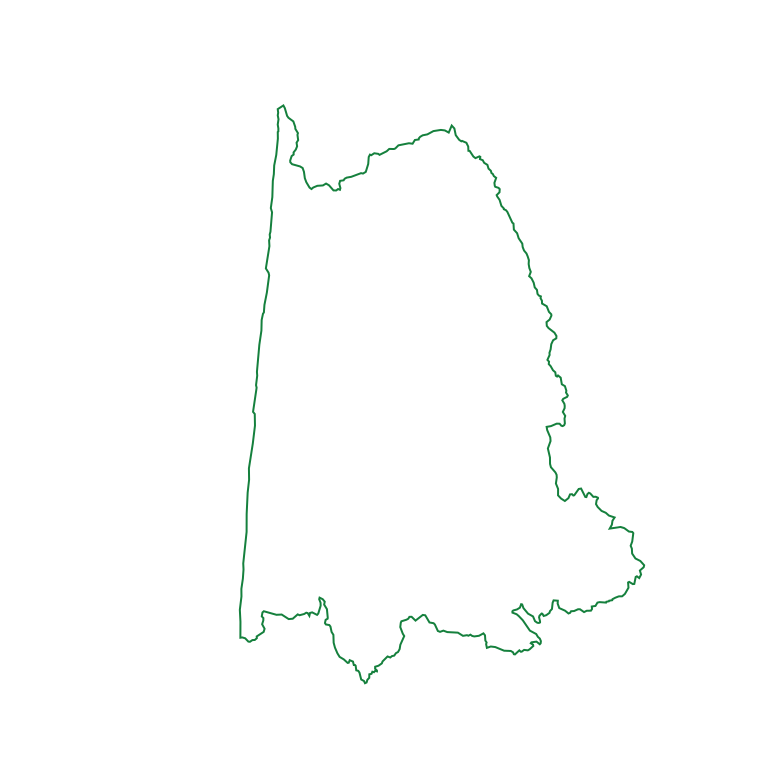 outline of Manakara Atsimo, Vatovavy-Fitovinany, Madagascar, rotated 165°
{"feature_id": "10022922B29911348985828", "entity_name": "Manakara Atsimo", "entity_type": "district", "adm_level": 2, "iso_a3": "MDG", "parent_name": "Madagascar", "parent_adm1": "Vatovavy-Fitovinany", "projection": "natural_earth1", "projection_center": [47.828, -21.964], "detail": "fine", "context": "isolated", "style": "outline", "palette": "green", "viewbox_px": 768, "rotation_deg": 165, "n_neighbors": 0, "source": "geoboundaries", "source_scale": "gbopen_adm2", "svg_char_len": 6144}
<svg xmlns="http://www.w3.org/2000/svg" viewBox="0 0 768 768"><g transform="rotate(165 384 384)"><path d="M187.7,130.5L185.0,133.4L185.1,137.6L180.6,139.8L179.6,141.6L182.2,146.7L186.3,150.4L188.2,156.0L187.2,160.8L187.6,163.9L185.0,167.6L181.8,175.4L182.4,176.8L185.6,178.1L189.2,182.6L192.6,184.7L203.4,185.9L200.3,189.1L198.7,192.8L195.8,195.4L200.8,198.7L203.1,202.2L206.7,205.1L209.4,209.8L210.3,213.1L208.7,216.7L206.9,218.1L206.8,218.8L208.7,220.3L211.0,220.8L213.1,224.9L214.3,225.9L216.0,225.0L217.8,222.4L218.8,222.8L220.7,232.0L223.1,232.2L229.0,227.3L230.0,227.3L230.9,228.9L232.9,229.2L235.4,226.0L239.6,224.2L242.6,227.5L244.7,231.4L243.0,237.6L243.7,243.4L241.3,249.0L240.8,251.6L241.3,254.2L244.3,260.4L244.3,263.8L242.7,270.1L242.4,279.3L237.9,285.8L237.2,289.4L238.3,297.3L238.0,300.5L233.6,300.1L227.5,301.0L224.7,300.2L223.5,297.8L222.3,297.1L220.6,297.6L219.5,299.1L218.6,303.9L217.2,306.3L218.5,310.7L215.8,313.9L215.1,316.1L214.9,318.2L216.0,322.1L214.7,323.3L210.4,324.2L209.4,325.4L210.4,328.6L209.6,330.3L209.8,335.1L212.3,337.7L211.7,344.4L213.7,347.2L214.9,346.4L215.9,347.5L215.5,351.0L217.2,353.5L218.4,358.1L219.7,360.6L218.8,362.9L219.9,365.0L216.5,369.2L216.1,371.3L214.1,374.3L212.1,379.2L209.3,382.5L205.8,383.5L205.0,385.7L206.1,389.5L210.6,395.4L211.7,398.0L211.0,401.7L207.3,403.4L204.6,406.7L204.4,408.1L206.0,411.0L206.7,417.0L210.5,420.8L209.9,423.6L210.6,426.4L209.8,428.0L211.5,429.3L212.4,431.3L211.9,435.3L213.4,438.3L213.2,443.1L214.2,447.9L215.9,450.6L213.2,454.3L213.6,458.4L213.2,462.5L212.0,466.1L212.2,470.2L212.6,473.2L214.2,476.7L214.6,480.4L214.1,483.8L216.2,489.9L216.4,495.2L218.6,499.5L217.4,505.5L218.3,506.6L220.3,518.3L221.2,520.3L223.0,521.8L222.8,522.5L224.5,525.7L224.7,531.9L226.1,535.8L226.3,537.3L222.8,539.3L221.8,542.3L222.6,543.8L225.5,545.7L225.7,546.8L225.3,549.7L222.3,554.1L224.1,556.4L224.5,558.6L225.6,560.0L225.6,562.3L227.3,565.0L227.4,568.9L230.0,571.7L230.7,574.6L233.1,576.4L232.2,578.5L232.9,579.2L237.2,578.5L238.8,580.6L240.9,586.9L242.1,587.4L241.2,591.6L242.0,595.7L245.7,598.6L246.5,598.4L248.2,600.4L250.3,605.8L249.9,612.6L251.7,616.1L256.4,610.1L259.6,613.2L263.3,614.7L270.8,615.5L277.5,613.9L282.3,614.2L285.1,613.4L286.7,612.3L287.2,611.2L291.0,611.7L294.2,608.7L297.6,610.1L308.3,610.8L312.1,608.6L313.5,608.4L318.1,609.7L321.2,608.1L329.0,606.5L330.0,607.8L333.7,609.4L337.1,608.3L338.2,609.2L340.0,607.2L342.3,600.6L346.7,593.6L349.8,592.7L351.6,593.6L362.0,592.6L366.6,593.0L368.8,592.5L370.3,591.2L373.8,591.6L375.4,589.0L375.4,584.5L376.3,583.0L377.9,584.2L380.1,583.3L382.7,584.1L385.7,590.2L388.1,592.6L391.6,591.6L397.1,592.7L401.5,592.1L403.6,591.1L405.1,593.0L406.8,599.0L407.2,603.3L406.4,609.7L406.7,613.7L408.8,615.9L415.9,620.1L417.1,622.4L416.8,624.1L414.2,628.1L411.9,629.0L411.4,631.1L408.5,633.3L406.4,636.1L406.0,639.7L403.8,641.8L403.1,647.1L402.2,648.6L403.6,653.4L403.2,655.4L403.6,661.1L407.4,665.9L408.2,668.1L408.4,676.1L409.1,679.1L415.5,677.0L416.0,673.4L417.1,671.0L417.4,667.0L419.5,662.1L419.9,658.2L420.7,655.3L421.4,654.9L423.0,648.5L428.8,633.1L433.5,623.5L436.1,615.2L438.8,609.0L443.5,593.4L447.8,583.2L447.7,578.8L454.3,560.4L455.7,558.0L456.2,554.9L457.8,552.5L459.0,546.8L468.2,526.2L466.7,521.4L466.8,518.7L473.5,502.6L479.0,491.4L481.5,484.2L482.7,483.2L485.6,477.5L488.6,467.3L494.2,454.3L503.6,428.6L504.3,424.9L507.9,416.0L508.0,413.4L517.7,391.0L516.6,388.5L519.4,377.2L526.2,360.3L536.3,337.5L539.1,326.4L543.8,314.4L550.3,294.0L555.0,276.7L566.4,247.1L567.7,241.2L570.7,232.5L574.8,223.0L576.7,215.6L581.7,203.2L584.2,191.5L588.4,176.1L586.5,175.9L583.9,174.3L581.7,170.3L580.2,169.7L577.4,170.7L575.1,170.2L572.6,171.4L572.3,173.1L564.4,175.7L562.7,178.5L563.9,183.5L561.8,186.8L561.1,189.1L562.2,191.2L560.5,194.8L558.9,195.6L547.6,188.9L542.5,187.8L536.9,181.6L532.9,180.9L527.0,183.8L525.4,182.5L520.6,182.5L518.3,183.2L517.0,182.5L516.1,179.4L514.7,182.0L512.5,182.0L508.4,178.3L506.9,179.3L502.6,186.2L501.9,189.1L502.3,192.9L501.5,194.3L498.9,192.0L497.6,189.1L498.9,186.4L497.4,181.3L498.8,173.0L499.2,171.9L501.4,171.3L502.9,168.4L502.4,166.8L499.2,165.3L498.5,163.6L498.8,158.1L497.8,154.8L499.6,147.1L499.6,142.1L498.7,135.9L497.5,131.9L494.1,128.4L491.3,124.0L490.2,123.9L488.6,126.1L485.8,123.9L485.9,120.4L484.8,120.1L484.3,119.2L484.9,114.6L483.1,113.6L482.4,111.6L482.5,104.5L480.2,102.3L479.8,99.9L478.1,100.2L476.6,102.6L474.3,104.0L473.3,107.4L471.1,107.3L469.7,109.1L468.3,108.2L466.8,109.2L465.2,108.3L465.0,109.1L466.3,111.3L465.7,113.2L462.2,113.3L458.4,114.7L457.2,116.4L451.1,119.9L448.7,118.2L446.8,119.1L444.4,119.0L442.2,120.9L439.8,121.5L437.5,123.9L435.7,127.9L429.7,135.3L430.5,138.0L431.2,145.0L429.6,149.0L428.6,150.3L423.3,150.5L421.3,151.0L419.7,152.5L417.6,152.0L414.8,147.3L406.3,150.9L404.0,149.9L401.8,141.9L398.0,140.1L397.1,138.5L395.9,131.5L394.0,130.1L390.5,130.4L387.1,128.0L377.0,124.7L372.9,120.3L368.9,119.9L367.6,119.0L365.4,119.5L364.0,117.8L362.1,116.8L357.4,116.2L352.5,117.4L351.5,115.1L352.5,109.9L351.8,107.8L352.7,106.3L352.9,102.5L348.8,102.8L344.6,101.1L337.0,95.3L330.6,93.3L328.8,91.4L328.5,89.4L327.5,88.9L322.2,91.7L321.3,90.1L320.3,89.8L317.5,90.9L314.0,89.5L312.1,90.0L307.6,92.3L307.5,93.6L309.3,95.6L308.4,96.3L303.4,95.7L300.9,92.3L299.8,93.0L299.0,95.0L299.4,97.8L300.8,99.9L301.7,103.1L306.9,108.0L311.1,119.9L313.9,125.0L315.5,127.3L319.1,129.9L318.8,131.2L317.7,131.8L313.9,131.8L310.6,132.8L308.5,135.8L307.6,135.3L307.3,131.4L304.3,124.9L300.2,120.9L299.5,115.8L297.7,113.7L296.2,113.1L295.0,113.3L294.7,114.4L294.6,118.5L293.8,119.9L291.2,121.5L290.5,121.1L289.8,118.6L287.1,118.7L283.4,120.1L282.5,121.6L280.0,123.2L277.7,129.1L276.2,131.1L272.2,129.7L273.1,126.9L272.7,122.2L267.8,118.2L265.2,114.6L263.5,114.8L262.1,116.1L259.2,115.5L254.8,116.2L253.0,115.7L249.8,111.9L246.9,112.5L242.8,111.5L241.3,112.8L240.9,115.3L237.2,114.9L234.4,117.6L232.2,117.5L226.1,115.4L225.6,116.1L223.0,115.9L222.6,116.4L219.5,116.1L219.0,117.0L215.9,117.7L212.2,118.1L208.9,117.3L205.6,118.9L200.6,123.9L199.6,129.1L198.4,129.4L195.4,126.3L194.0,126.1L190.8,132.5L189.5,132.8L187.7,130.5Z" fill="none" stroke="#15803d" stroke-width="2"/></g></svg>